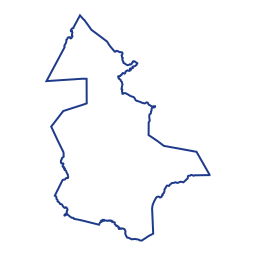 the district of La Iguala, Lempira, Honduras
{"feature_id": "27666195B64546459971627", "entity_name": "La Iguala", "entity_type": "district", "adm_level": 2, "iso_a3": "HND", "parent_name": "Honduras", "parent_adm1": "Lempira", "projection": "albers", "projection_center": [-88.46, 14.683], "detail": "fine", "context": "isolated", "style": "outline", "palette": "blue", "viewbox_px": 256, "rotation_deg": 0, "n_neighbors": 0, "source": "geoboundaries", "source_scale": "gbopen_adm2", "svg_char_len": 5689}
<svg xmlns="http://www.w3.org/2000/svg" viewBox="0 0 256 256"><path d="M196.5,151.8L163.9,145.9L157.7,141.2L148.6,135.1L148.7,122.3L149.4,121.4L149.7,120.7L149.2,116.4L149.4,114.9L149.5,114.5L149.9,114.2L150.8,113.4L150.9,113.0L151.0,111.7L151.6,110.3L151.6,108.9L152.0,108.0L152.2,107.7L152.6,107.5L154.3,107.4L154.6,107.3L154.8,107.2L154.9,106.8L155.1,106.5L155.1,106.3L154.6,106.2L153.8,106.2L153.2,106.3L152.5,106.8L152.2,106.7L150.0,105.3L148.7,104.7L148.5,104.4L147.9,102.9L147.6,102.7L147.3,102.5L146.7,102.4L146.2,102.6L145.2,103.3L144.7,103.4L143.5,103.2L141.9,102.7L139.4,101.6L136.7,100.8L135.8,100.3L135.3,99.6L134.5,98.0L133.9,97.3L133.2,96.9L131.4,96.4L129.9,95.7L127.7,94.3L126.3,93.6L125.8,93.3L124.7,93.1L123.8,93.2L123.4,93.7L122.7,93.8L122.4,93.7L122.4,92.7L122.0,91.6L122.3,90.0L122.3,89.6L122.2,89.4L121.6,89.3L121.5,89.0L121.7,87.8L122.0,86.7L122.2,85.4L122.5,84.5L122.2,83.7L122.0,82.2L121.8,81.9L120.8,80.9L120.7,80.2L120.5,79.7L120.2,79.5L119.5,79.2L118.7,78.4L118.5,77.9L118.7,77.7L118.2,76.9L118.1,76.6L118.2,76.4L118.3,76.3L120.3,76.0L120.4,75.6L120.6,75.3L120.8,75.1L121.3,75.0L121.7,74.7L121.9,74.3L122.2,73.7L122.7,73.1L123.0,73.1L123.3,73.1L124.3,73.6L124.6,73.6L124.9,73.5L125.1,73.2L125.7,71.4L126.0,71.2L126.7,70.9L127.1,70.5L127.4,70.4L127.7,70.4L129.1,70.9L129.4,70.9L129.7,70.8L129.9,70.4L129.9,68.9L130.0,68.6L130.3,68.5L130.6,68.5L131.1,69.1L131.4,68.3L131.8,68.2L132.4,68.2L132.8,68.0L132.9,67.9L132.9,67.6L132.7,66.7L133.9,66.4L135.1,66.0L135.5,65.7L136.6,64.8L137.0,63.5L137.3,63.4L137.3,63.2L136.8,63.0L136.4,62.7L135.2,61.7L133.7,61.2L133.3,61.2L133.0,61.5L133.0,62.0L132.8,62.3L132.2,62.6L131.6,63.8L131.2,64.2L130.7,64.5L129.9,64.3L129.3,64.7L128.7,64.8L127.7,65.2L126.0,64.5L124.7,63.4L123.7,63.1L123.4,62.6L123.3,61.6L123.2,61.3L122.8,61.0L122.3,59.2L122.4,58.8L122.6,58.7L122.7,58.4L122.7,57.9L122.5,57.6L122.0,57.2L121.9,56.1L121.6,55.5L121.7,55.2L122.3,54.4L122.5,53.8L122.5,53.1L122.3,52.6L122.0,52.4L121.6,52.3L119.4,52.0L118.6,51.5L116.7,50.8L116.2,51.0L115.9,51.4L115.4,51.7L114.8,51.7L110.9,47.2L109.2,45.0L107.1,41.6L100.8,36.8L91.4,29.8L84.6,20.3L83.0,18.8L80.0,15.4L73.4,27.6L73.5,27.8L73.5,28.0L73.2,28.2L72.6,28.2L72.1,28.5L71.3,29.4L70.9,30.4L70.8,30.9L70.9,31.2L71.8,31.0L72.0,31.0L72.1,32.0L72.3,32.3L72.3,32.8L72.3,33.4L72.0,34.2L72.0,35.0L71.9,35.4L72.1,35.7L72.5,36.2L72.4,36.4L71.3,38.2L70.6,38.4L70.4,38.3L70.4,37.8L70.0,37.2L69.3,37.3L68.5,37.3L68.2,37.4L67.6,38.0L67.4,38.6L66.9,39.4L66.4,39.8L66.4,40.9L66.1,42.5L65.9,43.0L64.4,45.6L64.4,46.6L64.6,46.9L64.6,47.2L46.5,81.1L83.0,78.7L86.6,78.8L86.7,103.4L83.0,104.7L63.3,111.0L51.2,126.6L57.8,140.7L63.4,152.1L63.6,153.5L63.6,156.1L63.7,156.6L63.1,157.3L62.3,157.7L62.0,158.0L61.6,159.7L61.3,160.1L61.0,160.3L60.9,161.8L60.9,162.3L61.1,162.9L61.4,163.3L63.0,163.3L63.3,163.6L63.4,164.2L63.0,164.9L62.7,165.5L62.6,166.0L62.7,166.4L62.9,166.8L63.8,166.9L63.9,167.3L63.9,168.2L64.6,168.3L64.9,168.5L64.9,168.8L64.5,169.4L64.5,169.7L64.8,170.1L65.7,170.4L66.1,170.9L66.3,171.7L66.8,172.9L67.0,173.5L67.8,174.5L67.9,175.6L68.2,176.8L68.1,177.5L68.0,177.8L67.8,178.0L67.5,178.1L66.9,178.0L66.2,178.1L65.9,178.2L65.3,179.1L64.8,179.5L64.6,179.6L63.3,179.7L62.6,180.0L54.8,195.7L55.7,196.2L56.1,196.5L56.3,197.2L56.5,198.9L57.4,199.8L57.6,200.2L57.7,200.6L57.6,201.0L57.6,201.4L57.9,201.6L58.7,202.1L59.1,202.4L59.5,202.9L59.9,203.8L60.2,204.0L61.5,204.2L61.8,204.4L62.3,205.0L63.0,206.4L64.2,207.6L64.6,207.8L64.9,207.9L65.1,207.8L65.6,207.3L65.8,207.3L66.1,207.4L66.4,207.5L67.3,208.9L67.5,209.4L67.5,209.9L67.4,210.2L67.0,210.6L66.8,211.1L66.9,212.5L66.8,212.8L66.4,213.3L64.6,214.8L64.4,215.2L64.5,215.5L64.8,215.6L66.5,214.6L67.0,214.4L67.4,214.4L67.7,214.5L68.1,215.0L69.2,215.9L71.0,217.3L71.8,217.7L73.4,217.9L73.6,218.1L73.9,218.8L78.1,219.6L83.0,220.7L99.0,224.7L99.9,222.9L100.3,222.3L100.5,222.1L101.4,221.9L101.6,221.7L101.5,221.4L101.9,221.3L102.2,221.1L102.1,220.8L101.7,220.5L102.0,220.4L102.5,220.3L102.6,219.9L102.8,219.8L103.1,219.8L103.6,220.5L103.9,220.8L104.1,220.6L104.2,220.1L104.3,220.0L104.8,220.3L105.1,220.5L105.8,220.5L106.1,220.6L106.7,220.6L107.6,220.9L107.9,220.9L108.5,220.5L109.4,220.6L109.9,220.4L110.1,220.5L110.2,220.8L110.7,221.0L111.2,221.0L111.4,220.7L111.6,220.7L112.2,221.9L112.8,221.5L113.5,222.2L114.1,222.3L114.7,222.5L114.8,222.7L114.7,223.1L114.7,223.6L114.8,224.1L115.1,224.5L115.9,225.1L116.4,226.0L117.4,225.9L117.6,226.3L118.1,226.9L118.4,227.1L119.0,227.3L119.3,227.6L119.1,227.9L118.9,228.0L118.6,227.9L118.9,228.9L120.3,228.9L121.0,228.6L121.4,228.7L121.5,228.6L121.7,228.4L122.0,228.3L124.1,229.0L124.5,229.2L125.1,230.4L125.5,231.5L125.4,232.2L125.2,233.2L125.2,233.4L125.5,233.9L125.6,234.7L125.9,235.4L126.3,236.0L126.9,237.3L127.1,237.5L127.5,237.7L128.1,237.7L128.9,237.9L131.2,239.0L131.6,239.3L132.9,239.1L133.5,239.2L134.3,239.0L136.0,239.1L138.9,239.7L139.5,240.2L139.9,240.4L141.7,240.6L147.8,236.6L149.3,235.6L150.7,235.0L153.2,233.6L152.1,208.4L152.6,205.1L154.1,201.4L156.4,197.3L156.8,197.0L158.2,196.6L158.7,196.7L159.4,196.9L160.1,197.5L161.6,196.8L162.0,195.6L162.3,195.5L162.6,195.3L162.6,195.1L162.3,194.9L162.4,194.4L163.7,193.1L164.2,192.2L164.4,191.3L164.5,189.7L164.6,189.2L165.5,188.2L165.7,187.4L166.8,185.7L167.1,185.6L167.5,185.6L169.0,185.9L169.7,184.9L171.8,183.1L174.0,182.8L175.6,182.3L175.9,182.4L177.1,182.9L177.6,182.9L178.3,182.7L179.6,182.0L180.3,181.8L181.7,181.8L183.0,182.3L183.3,182.3L183.8,182.0L184.6,181.2L185.5,180.5L186.0,180.0L186.4,179.4L187.5,178.7L187.8,177.9L187.9,176.4L188.1,176.0L188.5,175.8L190.2,175.6L191.3,174.9L192.3,175.1L193.1,175.6L193.6,175.7L194.1,175.6L194.5,175.3L209.5,175.1L209.5,174.6L196.5,151.8Z" fill="none" stroke="#1e3a8a" stroke-width="2"/></svg>